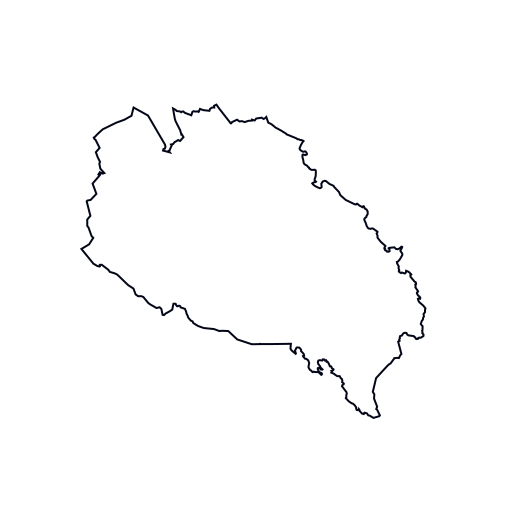 Aglonas pag., Aglonas, Latvia (Robinson projection), rotated 43°
{"feature_id": "27541924B99650716324046", "entity_name": "Aglonas pag.", "entity_type": "district", "adm_level": 2, "iso_a3": "LVA", "parent_name": "Latvia", "parent_adm1": "Aglonas", "projection": "robinson", "projection_center": [27.042, 56.116], "detail": "fine", "context": "isolated", "style": "outline", "palette": "ink", "viewbox_px": 512, "rotation_deg": 43, "n_neighbors": 0, "source": "geoboundaries", "source_scale": "gbopen_adm2", "svg_char_len": 6129}
<svg xmlns="http://www.w3.org/2000/svg" viewBox="0 0 512 512"><g transform="rotate(43 256 256)"><path d="M455.3,288.1L449.4,285.8L448.3,285.9L447.4,283.6L439.6,279.8L436.8,276.4L434.1,275.7L427.1,263.4L427.0,247.7L427.1,244.8L427.7,242.8L427.0,236.8L426.8,236.5L428.8,234.1L430.1,233.2L429.2,230.2L429.2,228.5L418.4,221.7L418.9,220.1L417.8,219.6L417.3,217.9L416.6,217.5L416.0,216.2L416.9,214.8L416.5,212.0L417.3,210.5L418.5,209.7L420.1,210.3L421.6,210.1L426.0,207.0L427.1,207.2L427.9,206.9L429.1,207.5L430.0,207.3L430.4,206.9L430.4,206.0L431.0,205.8L431.0,204.4L432.3,203.3L433.0,200.3L432.1,199.2L430.2,199.0L430.0,198.4L428.6,197.5L428.4,196.8L425.8,193.8L422.9,193.4L421.4,190.1L421.5,189.2L421.2,188.3L420.4,187.3L420.1,185.8L418.1,184.1L417.9,181.8L416.1,179.9L415.9,179.1L415.6,178.7L412.2,178.2L407.0,178.4L405.2,177.9L403.6,176.9L403.8,176.2L405.2,175.3L404.8,174.6L403.7,174.2L401.2,174.3L399.0,173.5L398.7,173.0L398.8,172.1L398.6,171.3L393.9,170.2L393.5,169.4L392.0,168.3L392.3,167.4L392.1,167.2L390.8,166.3L389.4,166.6L383.1,165.8L381.9,164.7L382.2,163.7L381.4,163.5L378.3,163.5L375.9,164.4L376.9,165.9L376.8,167.3L374.2,168.5L373.6,169.0L373.6,169.6L371.8,170.0L370.9,169.8L370.5,169.4L370.5,168.8L370.2,168.5L368.5,167.7L367.6,166.3L364.1,165.1L363.1,164.3L363.6,163.3L363.5,160.3L362.4,155.7L361.9,154.9L361.0,154.4L358.1,153.8L357.6,152.5L357.1,150.2L356.7,149.7L356.0,150.0L355.8,152.7L354.8,154.6L353.5,155.4L351.3,155.3L347.9,159.2L347.7,159.8L347.9,160.1L348.9,160.0L350.4,161.4L350.1,162.4L348.7,163.5L347.8,163.1L346.7,163.7L345.6,163.4L345.3,162.7L344.6,162.8L344.1,162.1L344.1,161.0L343.8,160.4L337.3,160.5L332.3,159.7L331.1,158.3L328.8,157.2L328.8,156.2L328.3,155.4L322.9,156.1L321.9,156.9L321.3,158.0L319.5,159.1L318.8,159.2L316.4,158.5L313.5,156.9L311.1,156.0L310.0,155.1L309.8,153.5L310.1,152.2L309.5,151.3L309.2,149.4L307.6,147.5L305.3,146.6L303.0,147.1L302.7,146.7L300.8,146.1L300.5,146.4L300.6,147.7L297.1,148.6L294.4,148.7L294.1,149.0L294.0,150.1L292.8,150.9L283.4,153.8L276.3,154.0L273.0,152.6L266.1,152.2L264.8,151.8L260.6,153.2L256.0,153.5L254.9,154.2L254.0,156.1L254.5,158.6L257.0,160.8L257.0,161.7L256.7,162.5L256.3,163.0L253.9,163.9L250.8,164.7L248.5,164.7L247.6,164.5L247.9,163.0L249.2,161.2L249.2,160.7L247.4,160.7L246.6,160.0L245.2,156.9L242.0,153.2L241.3,152.7L240.2,152.8L238.3,154.8L237.3,155.4L236.0,155.4L235.7,155.7L235.1,155.7L234.5,155.2L233.0,155.4L231.9,155.1L228.9,155.8L227.1,155.3L225.8,154.1L222.3,151.8L221.1,150.4L221.0,150.0L221.3,149.5L223.1,148.7L223.8,147.6L223.9,147.0L223.4,146.4L222.1,145.9L221.0,145.8L220.5,146.0L219.6,147.4L219.1,147.8L217.0,148.2L215.2,148.1L214.4,147.5L213.1,144.0L212.4,140.8L212.4,139.5L212.1,139.5L210.3,140.1L209.3,141.0L207.7,141.4L206.8,142.3L205.3,142.4L195.3,146.2L194.7,146.0L188.1,147.3L182.9,148.7L177.2,149.1L174.0,150.1L168.7,147.3L168.6,149.3L168.1,150.6L165.8,151.0L162.4,155.3L162.6,157.8L160.1,159.0L160.7,159.7L158.2,162.4L156.4,165.8L153.8,166.9L152.1,168.9L149.2,169.2L147.1,174.5L147.4,175.8L147.0,176.2L128.1,173.2L123.8,172.3L122.9,174.8L124.2,175.9L123.0,176.9L122.4,177.9L122.1,179.9L122.9,181.6L117.9,185.3L114.7,186.6L115.8,189.5L115.7,189.8L115.0,189.7L113.3,191.6L111.5,192.8L111.2,193.9L112.7,197.2L106.4,199.8L104.2,199.9L103.1,201.4L103.2,201.8L101.7,202.2L99.1,204.1L97.6,203.9L94.7,204.7L102.9,210.9L105.1,212.2L114.7,215.7L118.5,218.0L118.6,217.6L121.9,218.5L122.0,223.7L120.0,224.3L118.8,228.4L119.0,230.7L117.8,232.4L118.9,232.6L120.7,237.6L120.4,238.6L122.3,239.0L116.1,242.3L115.4,240.9L116.1,239.5L115.2,237.8L113.5,236.6L81.2,226.9L65.2,230.9L69.3,238.4L66.8,246.1L62.8,254.0L57.5,267.9L57.0,274.2L56.9,279.0L56.6,280.0L58.1,280.6L59.5,280.5L67.9,283.6L68.1,289.3L72.6,291.6L77.8,293.6L78.4,295.3L82.6,298.3L88.5,298.8L87.7,300.3L85.2,301.1L86.0,301.6L86.4,302.6L85.7,302.9L85.1,302.3L84.8,302.7L85.3,303.6L85.3,303.9L86.7,304.0L87.1,314.5L96.9,319.4L96.8,327.8L94.9,330.4L94.9,331.5L107.5,339.6L107.7,344.4L112.1,349.1L114.1,349.4L122.2,353.6L124.6,353.7L126.0,361.3L123.5,369.9L142.3,372.5L146.9,371.5L148.8,370.4L148.8,369.9L147.9,369.4L147.8,368.9L149.2,367.6L157.2,366.8L160.0,367.3L164.3,365.1L167.3,364.2L182.1,364.5L188.6,363.4L194.2,366.2L197.2,365.8L199.4,363.7L201.5,362.8L208.7,363.8L210.9,363.7L218.7,361.9L220.5,359.2L223.0,359.3L227.7,362.7L229.0,362.0L229.1,359.8L230.6,355.3L231.3,352.3L228.2,347.2L229.4,346.0L230.0,345.8L231.1,346.4L232.5,346.6L233.1,346.1L233.2,345.4L234.1,344.5L234.9,344.5L235.9,345.0L240.1,343.1L243.1,344.5L244.6,345.6L246.0,346.0L248.6,347.3L252.2,347.7L254.3,347.1L256.0,347.8L261.4,346.7L266.9,344.3L275.1,338.1L280.5,335.8L282.1,333.9L286.9,329.8L299.2,329.8L313.1,323.4L318.7,318.0L318.7,317.6L319.4,317.3L326.2,311.0L341.4,296.4L344.3,300.2L346.6,300.8L351.7,300.5L351.7,300.1L349.0,298.6L348.8,297.5L348.2,295.8L348.3,295.0L350.0,293.5L352.2,293.6L353.0,293.9L353.8,294.8L357.0,295.0L358.1,295.3L359.2,296.1L358.6,297.1L358.9,297.3L361.8,297.7L363.0,296.9L365.4,296.7L368.0,298.1L369.7,300.9L370.5,301.7L373.2,302.5L374.3,302.2L376.5,302.4L376.8,302.2L377.0,301.3L378.6,300.4L380.1,298.9L381.4,298.3L384.8,298.4L384.9,297.7L384.6,297.1L383.7,297.0L381.5,297.7L380.3,297.5L378.3,296.6L377.7,295.9L377.8,295.4L378.8,294.4L380.7,294.8L382.0,293.9L382.0,293.6L379.2,293.5L377.9,292.9L375.1,292.5L373.5,291.3L373.0,290.1L373.2,289.3L374.3,288.2L375.7,287.4L375.9,286.3L375.5,286.0L376.7,285.0L377.7,285.1L377.9,285.4L378.7,284.9L378.7,284.5L379.8,284.8L380.0,285.1L380.3,284.9L380.1,284.8L380.3,284.6L381.2,284.6L384.6,285.9L385.2,286.3L386.3,285.5L388.1,286.3L389.9,286.0L390.2,286.2L390.3,286.8L390.1,287.6L389.5,288.6L390.6,289.1L390.7,289.9L392.8,289.1L397.3,288.5L399.1,286.8L401.5,287.6L402.5,287.3L404.1,288.2L405.0,289.5L407.2,289.4L407.6,290.0L407.2,291.5L407.7,292.6L415.1,293.9L416.3,294.8L417.0,296.3L418.3,297.5L418.6,298.7L423.0,299.0L426.4,298.5L427.5,297.9L429.6,297.8L432.5,298.4L433.2,299.2L434.6,299.9L435.7,299.2L435.8,298.1L435.6,297.8L436.4,297.9L437.7,298.7L441.1,298.9L442.6,298.1L442.2,297.3L442.2,296.6L444.6,295.4L446.7,296.0L448.1,295.2L452.3,294.3L455.4,289.1L455.3,288.1Z" fill="none" stroke="#020617" stroke-width="2"/></g></svg>